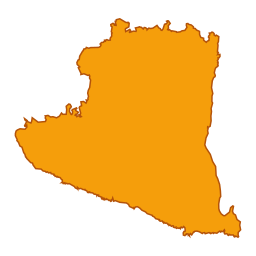 Gunung Kidul, Yogyakarta, Indonesia
{"feature_id": "22746128B54859500646728", "entity_name": "Gunung Kidul", "entity_type": "district", "adm_level": 2, "iso_a3": "IDN", "parent_name": "Indonesia", "parent_adm1": "Yogyakarta", "projection": "natural_earth1", "projection_center": [110.599, -7.993], "detail": "fine", "context": "isolated", "style": "filled", "palette": "amber", "viewbox_px": 256, "rotation_deg": 0, "n_neighbors": 0, "source": "geoboundaries", "source_scale": "gbopen_adm2", "svg_char_len": 5768}
<svg xmlns="http://www.w3.org/2000/svg" viewBox="0 0 256 256"><path d="M19.9,146.0L22.0,147.2L23.7,152.6L24.9,154.2L25.6,157.0L26.3,157.3L26.6,158.3L30.7,162.6L32.5,163.1L33.1,165.0L35.7,168.6L41.1,169.1L43.1,171.0L45.2,171.3L46.2,172.3L47.3,171.8L48.6,172.9L50.7,172.5L51.1,173.7L54.0,174.3L53.9,175.2L54.8,175.4L55.1,176.4L56.1,176.3L57.0,177.1L57.6,176.5L58.3,177.2L60.2,177.6L61.4,179.4L62.3,179.9L62.3,182.2L61.9,182.5L62.8,182.4L63.0,183.3L63.8,183.0L64.1,183.6L64.9,182.8L65.5,183.8L66.7,183.3L67.8,183.9L69.3,183.6L74.4,186.5L75.2,187.8L76.7,188.6L77.2,188.2L77.6,188.8L77.5,187.4L79.0,188.8L80.8,188.4L83.1,189.6L85.0,189.5L85.1,190.3L86.6,190.6L87.5,192.2L88.5,192.0L88.5,192.5L89.7,191.9L89.9,192.6L92.7,192.9L94.2,194.2L95.6,194.2L96.8,195.1L96.9,195.7L97.8,194.4L97.7,195.4L98.6,195.1L98.8,196.3L100.9,196.7L101.5,198.2L102.1,197.6L102.5,198.3L103.1,198.2L102.7,198.9L103.8,198.7L103.5,199.6L104.3,199.8L104.4,199.1L104.9,198.9L105.8,199.6L106.7,198.8L107.1,199.5L108.1,199.6L108.8,200.4L109.5,200.2L110.8,201.4L111.4,201.0L111.7,201.5L111.4,199.8L112.1,199.8L112.7,198.0L113.7,201.2L115.3,200.6L119.8,202.3L126.5,203.0L128.6,204.5L129.5,206.5L133.2,208.2L133.7,207.7L134.1,208.8L135.4,207.0L137.4,206.7L139.6,207.9L141.9,210.2L145.5,211.9L147.2,213.6L152.4,215.4L152.5,216.1L154.3,217.0L155.7,218.7L159.4,219.6L159.1,220.4L160.2,221.2L162.3,221.0L163.0,222.3L163.6,222.1L163.8,223.0L164.3,222.6L165.1,223.2L166.8,223.1L168.0,224.5L168.6,224.3L169.0,225.5L170.0,225.0L171.4,226.3L173.0,225.7L173.5,226.1L173.4,227.1L174.5,227.6L175.8,227.2L175.6,227.7L176.6,228.4L177.7,227.9L179.1,228.4L180.2,227.7L180.5,228.5L181.3,227.1L182.6,227.8L183.7,226.5L184.9,227.8L185.2,230.1L185.0,231.4L184.0,231.4L183.2,232.9L183.4,235.1L184.9,235.6L186.2,234.0L186.8,234.5L187.1,233.8L188.8,234.2L188.6,235.0L189.4,234.5L189.6,235.0L190.5,233.6L191.7,234.9L193.6,232.0L194.1,232.1L194.7,231.3L196.9,231.1L199.4,231.8L202.3,233.5L202.9,232.9L204.6,232.6L205.2,233.7L209.0,232.6L210.4,233.4L210.4,233.0L211.1,233.3L213.0,232.6L213.4,233.4L214.5,232.8L216.9,233.2L219.5,231.2L220.5,232.0L221.1,231.2L221.5,231.7L222.9,231.5L224.4,229.8L224.7,230.6L224.1,232.8L224.9,234.0L226.5,233.7L227.8,234.2L227.7,234.9L228.6,235.4L229.7,234.4L230.3,235.0L233.3,235.0L234.0,236.4L234.7,236.1L234.7,236.8L236.3,236.3L238.0,237.2L238.6,236.6L238.1,235.0L238.2,232.4L240.6,229.8L239.7,225.2L240.3,221.9L237.0,219.5L235.5,215.0L233.4,213.6L232.5,211.3L233.5,206.3L232.8,205.9L230.6,207.6L229.5,212.1L224.9,215.7L223.5,215.6L221.2,213.9L219.4,210.9L218.8,208.6L218.7,203.9L219.7,198.0L220.7,196.5L220.4,190.9L219.6,184.5L217.6,178.5L216.1,175.5L215.6,166.5L212.6,161.5L210.3,154.4L206.2,148.2L204.8,144.9L206.0,137.9L208.1,133.3L207.6,130.6L208.1,128.5L207.6,128.1L207.7,126.9L208.3,127.3L210.1,126.3L211.1,120.9L210.9,116.0L211.5,111.6L211.1,108.5L212.6,103.0L211.9,101.5L212.0,95.9L212.8,93.6L211.5,87.7L212.3,80.8L213.7,77.5L215.0,76.7L215.3,75.5L214.3,72.8L215.1,69.2L215.8,67.7L217.8,66.3L218.1,65.4L217.6,64.9L218.1,63.8L217.6,62.6L218.1,62.3L217.4,60.5L218.2,59.4L218.1,57.8L219.1,57.8L220.0,56.4L219.9,54.4L217.7,54.6L218.2,54.0L217.8,53.3L218.3,52.4L217.4,52.0L218.0,45.3L217.6,43.4L218.4,41.7L218.8,36.6L216.2,35.1L215.5,35.9L214.2,35.1L214.1,33.6L212.8,32.3L211.9,32.1L210.8,33.0L209.3,33.1L209.8,34.9L208.6,36.1L208.5,37.3L209.2,37.8L208.9,40.4L207.1,41.3L206.3,42.3L203.7,40.3L203.6,38.2L200.8,37.4L199.6,34.6L199.5,31.4L196.5,30.0L195.2,28.5L193.4,28.2L193.4,26.8L191.3,25.0L188.6,24.3L187.9,23.5L186.5,23.7L186.3,25.2L186.9,27.4L184.9,30.4L182.0,30.8L180.3,31.8L176.7,32.3L176.4,31.7L171.9,30.8L171.5,31.3L169.4,29.6L168.6,30.0L167.6,29.6L168.5,28.0L168.2,25.8L170.2,23.4L168.5,20.9L167.4,20.8L166.6,21.2L167.4,22.0L167.4,22.6L165.8,24.2L165.2,23.9L164.5,24.4L163.0,29.0L161.9,30.4L161.1,30.2L160.3,28.7L158.8,27.9L157.0,25.4L153.0,28.1L150.8,28.5L148.8,28.1L147.1,29.8L147.0,28.8L145.5,27.7L144.2,27.5L143.2,29.0L141.4,27.3L139.5,27.0L139.4,26.2L139.2,27.1L135.4,27.9L136.3,30.4L136.0,31.4L133.5,31.1L129.6,32.4L129.4,32.1L130.6,30.5L129.8,29.4L125.7,31.6L125.3,29.5L125.5,28.7L128.8,26.9L129.2,23.2L128.4,22.6L128.1,23.5L128.0,22.4L126.0,22.5L119.8,18.8L116.3,19.7L116.1,21.1L115.2,21.3L115.6,23.1L115.2,24.0L116.0,24.3L116.1,25.4L114.3,25.2L114.0,24.0L113.0,23.3L110.8,24.5L111.0,26.1L112.1,26.9L111.3,31.8L112.1,33.0L111.6,33.6L111.7,36.1L110.2,38.2L110.3,40.1L108.2,40.3L106.9,39.6L106.1,40.0L105.9,40.7L105.8,40.1L104.7,40.2L105.2,41.3L104.1,41.3L103.4,42.3L101.5,42.5L100.1,44.0L100.9,44.6L100.9,45.4L100.2,46.6L98.7,47.4L90.4,47.6L88.9,48.3L86.3,47.4L85.8,48.6L83.7,49.1L83.3,50.7L82.7,51.0L79.7,56.1L79.2,59.6L78.2,59.9L76.9,62.5L77.2,64.5L79.7,66.9L78.3,67.7L81.1,73.6L80.9,74.5L84.0,73.8L88.1,75.5L89.2,75.0L89.8,76.1L89.5,78.0L90.6,80.1L89.7,87.5L88.3,90.3L87.7,93.2L88.5,96.4L87.9,98.3L88.1,99.4L87.4,100.3L86.3,100.0L86.7,101.7L86.0,103.1L83.5,101.5L80.9,101.8L81.6,105.7L79.8,106.6L79.2,107.6L80.7,113.1L80.3,114.3L79.2,114.6L81.3,116.6L80.1,117.0L79.4,116.0L77.7,115.9L76.9,116.6L76.6,115.9L75.1,115.2L75.6,114.3L77.0,114.2L78.3,112.2L75.7,110.5L75.6,109.5L76.8,108.5L76.5,107.9L72.3,109.6L71.9,110.5L72.6,111.4L72.4,113.5L71.8,114.5L71.2,114.5L69.4,111.4L69.7,108.5L70.8,107.8L71.3,106.5L70.1,104.4L68.8,104.0L66.2,106.3L66.7,109.6L66.2,114.3L62.7,114.3L61.5,113.0L59.5,116.1L56.6,117.8L52.9,116.7L50.6,117.0L48.0,115.4L45.2,115.9L45.6,116.6L45.2,118.0L46.2,119.7L45.4,121.5L38.2,122.2L32.2,117.7L31.7,121.2L30.9,123.0L27.9,121.8L27.2,120.6L24.6,118.6L25.0,120.0L26.7,121.5L24.6,125.7L24.9,126.3L25.5,126.3L26.7,125.1L26.9,127.1L25.0,129.2L20.0,128.8L17.3,130.0L16.1,131.0L15.4,133.5L15.4,135.8L17.2,139.7L16.9,140.6L18.5,142.4L19.9,146.0ZM189.4,235.9L189.2,235.1L188.9,234.9L188.9,235.4L189.4,235.9Z" fill="#f59e0b" stroke="#b45309" stroke-width="1.5"/></svg>